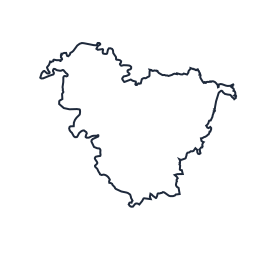 Tepehuacán de Guerrero, Hidalgo, Mexico, rotated 284°
{"feature_id": "50627088B76659971388370", "entity_name": "Tepehuacán de Guerrero", "entity_type": "district", "adm_level": 2, "iso_a3": "MEX", "parent_name": "Mexico", "parent_adm1": "Hidalgo", "projection": "natural_earth1", "projection_center": [-98.818, 21.069], "detail": "fine", "context": "isolated", "style": "outline", "palette": "slate", "viewbox_px": 256, "rotation_deg": 284, "n_neighbors": 0, "source": "geoboundaries", "source_scale": "gbopen_adm2", "svg_char_len": 5902}
<svg xmlns="http://www.w3.org/2000/svg" viewBox="0 0 256 256"><g transform="rotate(284 128 128)"><path d="M54.1,147.2L54.0,147.5L53.2,148.0L52.5,149.4L52.5,150.6L52.9,151.8L55.9,153.2L56.6,153.9L56.8,154.4L57.0,155.9L56.5,157.5L60.6,159.4L63.3,160.1L63.7,160.6L64.5,167.3L66.5,165.9L69.6,165.7L69.2,167.0L68.1,168.8L66.8,172.0L67.0,172.3L69.2,172.7L71.1,172.6L71.8,173.0L72.2,174.7L72.8,175.4L73.2,176.5L74.2,177.3L74.3,178.5L74.1,179.2L72.2,184.0L72.1,185.5L72.8,188.2L73.8,189.8L75.0,190.4L76.4,194.1L82.1,191.6L82.8,189.6L83.8,188.6L84.8,188.2L87.5,188.1L88.1,188.4L89.2,187.7L90.3,187.9L91.3,188.4L92.4,187.2L93.7,184.7L95.2,187.1L96.6,192.3L100.1,190.4L99.9,188.9L100.4,188.3L104.1,187.7L104.7,187.4L105.0,186.8L105.3,186.6L106.2,187.0L107.1,186.8L107.2,186.5L108.0,186.7L109.0,186.4L110.1,185.4L109.9,186.3L110.0,187.5L112.1,190.7L112.6,191.2L115.9,191.4L116.7,191.2L118.4,191.7L119.1,193.3L120.6,194.5L120.9,196.0L121.6,197.1L124.7,198.3L123.6,200.3L121.1,201.2L120.0,202.2L119.9,203.3L120.9,204.4L121.3,204.4L122.0,203.8L123.4,203.3L124.3,202.4L125.5,203.2L126.6,203.5L127.0,203.9L127.2,204.7L128.0,204.6L128.4,204.8L129.3,204.2L129.8,204.1L131.9,204.4L132.6,204.8L132.8,203.4L133.3,202.4L135.6,201.3L136.1,202.5L137.7,204.2L138.1,205.0L139.4,206.3L140.8,207.1L141.2,207.7L142.2,208.0L144.2,208.0L144.4,208.7L146.7,209.0L148.1,208.7L148.9,207.6L147.4,206.2L147.6,204.9L149.2,203.3L150.4,204.2L152.1,204.8L154.4,204.9L154.8,205.1L155.3,206.4L159.1,207.2L161.2,207.1L163.3,207.4L163.8,207.2L165.0,207.9L165.3,207.3L166.1,208.0L167.1,207.1L167.4,207.6L167.8,207.6L169.2,207.4L175.3,207.0L183.9,207.5L184.8,207.9L186.6,209.3L186.8,210.0L186.4,210.9L185.7,211.4L184.5,213.8L184.6,216.9L184.9,219.0L184.6,219.8L183.2,221.5L182.2,223.6L181.7,224.1L183.3,225.3L183.7,225.0L185.1,225.2L185.5,224.9L185.1,224.0L185.2,223.2L186.3,224.0L187.9,223.7L189.3,222.8L189.6,221.4L190.2,221.7L191.6,221.0L192.7,218.6L193.5,219.4L194.9,219.3L195.4,219.7L195.7,219.4L193.7,217.1L192.9,214.5L192.8,212.8L193.2,208.9L193.1,207.3L192.2,205.6L189.7,206.0L189.3,205.5L191.3,204.6L192.8,202.7L193.7,201.0L193.9,199.2L193.4,197.7L193.0,197.6L192.7,196.5L193.0,196.2L192.3,195.4L192.0,194.4L192.0,193.8L191.3,192.5L190.6,192.6L190.5,192.3L191.1,192.2L191.1,191.1L190.2,190.5L191.2,189.1L193.9,186.4L195.0,185.7L196.6,185.7L197.4,185.1L197.1,184.4L198.2,184.3L198.3,184.6L198.9,184.2L199.7,183.3L200.3,183.1L200.6,182.3L201.8,181.6L201.7,181.1L200.7,180.4L200.8,179.6L200.6,179.4L201.1,178.3L200.9,177.3L201.2,176.8L200.9,176.1L201.1,175.8L201.3,174.1L200.5,174.3L198.2,173.1L196.8,173.0L196.4,173.2L194.2,172.4L194.3,168.9L193.2,168.0L193.0,167.3L192.8,166.2L192.9,162.4L192.1,162.5L192.0,160.4L191.8,159.7L190.9,158.5L190.2,157.9L188.3,154.7L188.5,153.4L188.1,151.9L188.3,150.7L187.7,148.7L188.8,144.7L189.7,143.4L190.0,142.7L190.5,142.7L190.6,141.9L190.3,140.8L190.2,139.6L189.7,139.0L189.3,137.8L189.4,137.4L189.9,136.8L189.8,134.8L189.0,135.4L187.9,135.3L183.9,136.2L183.2,136.0L181.7,134.2L181.1,133.8L180.4,132.7L180.4,131.6L179.8,130.6L178.7,129.6L174.4,129.6L173.7,128.3L173.9,127.9L173.8,127.2L172.0,126.3L171.7,125.6L171.7,125.1L172.3,124.5L173.7,124.8L174.9,124.3L175.0,121.0L175.7,119.0L171.8,113.4L171.8,113.1L173.9,110.7L174.7,110.4L177.0,111.3L178.1,113.7L179.8,116.1L180.3,116.4L181.1,116.3L182.4,114.0L183.6,113.7L184.4,114.2L185.7,116.3L186.7,116.6L188.0,116.3L188.6,115.4L188.9,114.4L188.7,112.4L187.9,108.5L186.9,106.7L186.8,106.3L187.2,105.5L188.0,104.7L188.6,104.7L189.5,105.3L191.1,105.2L191.8,103.9L191.8,102.0L191.5,100.5L191.7,99.9L194.0,99.1L197.1,95.6L199.8,94.6L200.9,93.4L201.1,91.7L200.6,90.1L198.9,89.6L195.2,89.7L194.6,89.0L194.3,87.5L194.2,86.0L194.5,85.6L195.6,85.0L197.9,84.9L198.2,84.7L198.4,84.2L196.6,79.8L197.2,78.2L200.2,78.9L202.3,80.8L203.0,80.6L203.5,79.7L203.3,78.4L203.1,78.0L200.8,77.5L200.4,76.4L200.1,74.6L199.6,64.8L199.3,62.7L198.0,60.7L195.7,58.8L189.6,56.3L188.2,55.3L186.9,53.9L185.1,53.8L183.2,52.7L183.2,51.6L183.5,51.3L185.9,49.8L185.4,47.9L184.2,46.3L184.0,45.6L183.1,46.0L182.9,45.5L182.6,45.7L181.9,45.4L180.7,46.0L180.5,45.8L180.2,45.9L179.8,46.8L178.8,47.4L178.5,47.4L177.8,46.5L176.7,46.4L176.6,46.1L177.2,45.5L177.2,45.0L176.5,42.2L176.4,39.6L176.0,39.2L174.7,39.3L174.0,38.0L173.3,37.4L173.6,36.4L170.2,36.1L167.5,34.8L167.0,34.8L164.4,36.8L163.1,38.5L162.3,38.5L161.5,37.3L161.5,36.2L163.1,33.1L162.7,32.2L160.2,31.0L155.6,30.7L155.1,31.9L155.6,33.6L159.9,39.4L161.9,42.6L162.8,42.9L163.7,42.7L165.0,41.5L165.8,41.3L167.1,41.5L167.5,41.9L167.5,43.4L167.0,44.4L166.9,45.3L167.1,48.0L167.3,49.0L168.5,50.7L168.5,51.4L166.3,54.5L165.7,56.0L164.9,56.7L163.8,56.6L163.2,55.8L163.2,54.2L162.9,53.5L161.6,53.0L156.9,54.1L151.8,54.6L149.8,55.5L148.9,55.5L147.3,56.6L145.1,55.8L140.2,57.3L138.0,55.0L137.3,54.8L134.6,55.4L131.8,60.9L132.0,66.7L134.0,73.8L134.3,76.5L133.9,77.0L132.1,77.6L129.8,77.9L129.2,77.8L125.6,75.6L123.1,74.6L120.2,74.2L116.6,74.9L115.7,71.8L115.0,71.1L113.4,71.0L111.6,72.0L110.4,73.5L109.9,74.6L106.8,77.5L106.3,78.9L106.7,80.2L107.1,80.8L111.4,81.9L113.6,83.5L114.5,84.6L115.0,85.8L113.9,88.5L112.8,89.3L111.0,89.0L109.2,89.0L108.9,89.2L108.6,90.2L109.2,92.4L111.2,94.7L112.0,96.1L113.0,99.6L113.3,100.3L113.8,100.6L113.8,100.9L113.2,101.2L112.5,101.1L108.9,96.6L107.5,95.7L106.7,95.7L106.0,95.8L101.4,99.6L100.9,103.0L101.2,105.2L100.7,106.0L99.9,106.6L97.2,107.1L95.5,107.8L94.4,107.9L94.1,107.7L93.4,105.8L92.4,103.8L91.7,103.3L90.7,103.1L89.7,103.7L87.7,106.0L86.9,106.6L86.3,106.7L85.5,106.4L83.5,105.1L83.0,105.2L82.4,105.6L80.9,108.1L78.7,109.8L76.9,111.7L76.3,112.0L76.0,113.7L76.9,115.7L76.9,117.1L76.6,118.7L75.6,120.7L73.7,122.7L73.3,122.9L72.5,122.6L71.6,122.6L70.3,123.1L70.4,124.6L70.0,126.1L69.1,126.7L67.2,129.6L66.4,130.1L65.9,131.1L64.8,136.9L65.0,142.1L64.9,143.6L63.9,146.2L61.8,147.5L61.0,147.8L58.5,150.0L57.9,149.6L56.4,149.5L56.3,148.3L55.8,147.5L54.1,147.2Z" fill="none" stroke="#1e293b" stroke-width="2"/></g></svg>